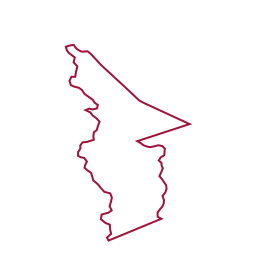 Comendador Levy Gasparian, Rio de Janeiro, Brazil, rotated 249°
{"feature_id": "56859067B81478228357655", "entity_name": "Comendador Levy Gasparian", "entity_type": "district", "adm_level": 2, "iso_a3": "BRA", "parent_name": "Brazil", "parent_adm1": "Rio de Janeiro", "projection": "equal_earth", "projection_center": [-43.248, -22.053], "detail": "fine", "context": "isolated", "style": "outline", "palette": "rose", "viewbox_px": 256, "rotation_deg": 249, "n_neighbors": 0, "source": "geoboundaries", "source_scale": "gbopen_adm2", "svg_char_len": 1374}
<svg xmlns="http://www.w3.org/2000/svg" viewBox="0 0 256 256"><g transform="rotate(249 128 128)"><path d="M29.9,69.5L31.3,126.6L34.5,123.9L38.5,125.3L41.0,129.3L42.4,132.1L44.7,134.2L47.6,135.7L52.2,135.9L54.4,139.7L57.4,142.2L60.9,143.1L64.6,142.2L68.1,141.4L71.8,140.1L75.4,143.8L78.0,146.1L80.8,145.9L83.5,146.7L86.6,145.1L88.8,148.0L89.6,152.2L92.8,153.6L95.5,155.0L98.9,153.5L101.0,150.2L101.5,145.7L102.3,141.4L104.3,138.6L106.5,136.1L109.5,134.4L112.4,131.9L109.6,186.9L146.1,151.4L149.6,148.4L165.4,140.8L195.9,125.7L211.0,119.6L214.1,117.7L215.8,112.2L218.3,109.9L220.8,108.2L225.0,107.1L225.8,103.9L226.1,99.1L222.5,98.8L219.6,99.5L212.9,103.6L208.8,100.8L203.7,102.8L198.6,99.3L194.7,97.1L196.1,93.6L193.0,90.3L188.6,90.0L186.0,92.5L183.1,96.6L180.0,98.6L175.5,99.6L170.1,103.1L166.9,105.3L163.6,105.9L160.3,108.1L157.4,106.0L158.0,101.6L160.0,98.8L159.9,94.8L156.1,98.4L152.4,99.5L148.6,101.9L144.0,103.7L140.7,100.7L137.3,98.2L136.2,94.6L132.7,92.7L129.3,91.9L129.7,84.6L130.9,80.4L128.7,77.1L125.9,76.2L123.4,72.8L119.9,71.4L117.7,73.4L115.7,76.4L111.3,77.6L109.2,75.1L106.4,73.1L102.7,75.2L99.3,77.5L95.4,77.2L91.4,76.8L87.8,78.9L85.0,80.2L82.1,81.0L76.9,83.0L73.3,88.0L68.8,88.0L65.0,85.5L61.6,82.8L56.9,83.2L56.0,79.2L56.6,72.4L52.6,70.0L47.3,73.0L44.3,76.4L39.4,74.9L35.2,74.3L33.3,69.1L29.9,69.5Z" fill="none" stroke="#9f1239" stroke-width="2"/></g></svg>